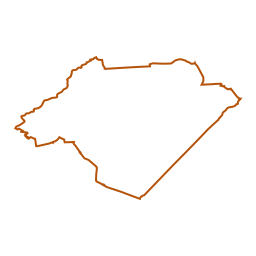 the district of Ošupes pag., Madona, Latvia
{"feature_id": "27541924B56619269975985", "entity_name": "Ošupes pag.", "entity_type": "district", "adm_level": 2, "iso_a3": "LVA", "parent_name": "Latvia", "parent_adm1": "Madona", "projection": "robinson", "projection_center": [26.739, 56.805], "detail": "fine", "context": "isolated", "style": "outline", "palette": "amber", "viewbox_px": 256, "rotation_deg": 0, "n_neighbors": 0, "source": "geoboundaries", "source_scale": "gbopen_adm2", "svg_char_len": 5183}
<svg xmlns="http://www.w3.org/2000/svg" viewBox="0 0 256 256"><path d="M218.5,119.7L218.9,118.5L219.1,118.4L219.9,117.6L221.0,116.3L221.6,115.7L222.1,115.1L222.3,114.8L222.4,114.1L222.5,113.5L222.7,113.0L222.9,112.7L223.3,112.2L225.4,110.6L226.0,110.0L226.7,108.9L227.4,108.2L227.9,107.7L228.5,107.5L230.4,107.1L231.3,107.0L232.8,106.7L233.9,106.3L234.8,105.9L235.3,105.6L235.5,105.4L236.2,104.4L236.4,104.2L236.9,104.1L237.4,104.1L237.8,103.9L237.9,103.3L237.9,102.8L237.9,102.0L238.2,101.6L238.9,100.6L239.7,99.7L240.5,98.9L240.6,98.7L239.9,98.8L239.0,99.1L238.9,99.0L239.1,98.2L237.1,96.8L230.9,88.8L230.5,89.1L230.4,88.9L230.2,88.9L229.7,88.8L229.4,88.9L229.1,89.1L228.7,89.2L228.6,89.3L228.4,89.3L228.1,89.2L227.8,89.2L227.7,89.1L227.5,88.9L227.3,88.9L227.0,88.9L226.9,88.8L226.5,88.5L226.4,88.4L225.8,88.1L225.6,87.9L225.4,87.8L225.3,87.7L225.0,87.4L224.4,87.0L224.2,86.8L224.1,86.5L224.1,86.0L223.3,86.1L222.9,86.3L220.6,85.7L222.0,83.6L221.9,83.7L218.8,83.8L216.4,83.9L213.6,84.0L213.3,84.2L212.0,84.2L210.2,84.3L201.6,84.7L203.1,81.7L203.3,81.3L203.3,81.0L203.4,80.6L203.3,77.4L203.1,76.8L199.5,70.1L199.3,69.7L199.0,69.1L197.4,66.2L197.1,65.8L196.3,65.0L195.2,63.7L195.0,63.2L194.9,62.9L194.7,63.3L194.3,63.4L193.6,63.6L191.8,63.8L191.2,63.7L190.5,63.3L189.6,62.7L189.2,62.4L187.5,61.8L186.7,61.5L186.3,61.3L186.2,61.2L185.7,60.7L185.2,60.5L181.6,59.4L179.2,59.3L176.7,60.0L175.8,60.3L174.8,60.7L174.6,60.8L173.0,62.3L170.9,63.5L170.7,63.5L168.1,63.6L164.7,63.7L161.8,63.7L157.5,63.5L153.0,63.3L152.8,63.4L152.5,63.4L149.7,64.3L149.8,65.1L149.9,65.7L150.0,66.3L149.8,66.3L149.1,66.4L147.1,66.5L145.2,66.6L143.8,66.7L142.3,66.7L134.6,67.1L119.2,68.0L118.0,68.1L117.3,68.1L115.4,68.2L114.9,68.3L108.4,68.7L107.6,68.7L105.5,68.9L104.7,68.8L104.7,68.1L104.7,67.7L103.7,66.3L103.2,65.5L103.1,65.1L102.9,64.7L102.4,61.4L102.1,60.0L99.4,59.9L98.5,59.7L98.0,59.4L97.7,59.2L97.3,59.1L97.1,59.0L97.0,58.6L96.7,58.3L96.8,58.3L96.7,58.2L96.4,57.8L96.3,57.7L96.1,57.2L95.2,57.7L94.6,58.0L94.5,57.9L93.8,58.3L93.3,59.1L93.2,59.2L91.7,59.4L91.3,59.4L91.0,59.4L90.4,59.6L90.9,60.5L87.8,62.1L87.7,62.2L86.8,62.4L86.6,62.4L86.6,63.2L86.5,63.4L86.2,63.7L85.7,64.1L84.9,64.3L82.1,65.2L81.9,65.4L81.7,65.6L81.5,65.8L81.4,66.1L81.4,66.3L81.6,66.8L81.7,67.0L81.6,67.4L81.5,67.5L81.4,67.6L81.2,67.7L80.9,67.8L80.5,67.8L79.7,67.6L79.3,67.6L78.9,67.6L78.5,67.7L77.8,68.2L77.4,68.5L77.1,69.0L76.6,69.5L76.4,69.6L75.8,69.8L75.4,69.9L74.0,70.0L73.4,70.1L72.9,70.3L72.4,70.6L72.1,70.9L71.9,71.5L71.8,72.0L71.7,72.6L71.8,73.1L71.8,73.4L71.2,74.7L71.1,75.2L71.0,75.9L70.5,76.7L70.1,77.0L68.7,78.1L67.4,79.1L67.2,79.4L67.1,79.7L67.2,80.1L67.6,80.8L67.7,81.3L67.7,81.9L67.4,83.1L67.4,83.6L67.4,83.9L67.6,84.4L67.8,85.4L67.7,85.9L67.4,86.6L66.7,87.9L66.5,88.1L66.1,88.3L65.0,88.8L64.3,89.1L63.8,89.4L63.1,90.0L62.9,90.3L62.6,90.7L62.2,91.3L61.5,92.0L61.1,92.3L59.7,92.9L58.1,93.7L57.6,94.1L57.4,94.3L57.3,94.5L57.1,94.9L57.1,95.1L57.1,95.4L57.1,95.9L57.2,96.3L57.1,96.8L57.0,97.0L56.8,97.2L56.6,97.3L56.0,97.5L55.2,97.6L54.3,97.7L53.0,97.8L52.4,98.0L51.3,98.2L50.8,98.4L47.8,99.8L47.3,100.0L47.0,100.0L45.7,100.2L45.2,100.3L44.8,100.4L44.5,100.5L44.3,100.6L44.1,100.8L43.9,101.1L43.7,101.5L42.4,104.1L42.2,104.6L41.9,105.1L41.4,105.8L40.9,106.4L40.5,106.8L40.1,107.0L39.1,107.7L38.4,108.0L37.4,108.3L36.5,108.6L35.2,108.7L34.9,108.7L34.8,108.8L34.6,108.9L33.9,109.4L33.8,109.7L33.7,109.8L33.8,110.0L33.9,110.5L33.9,111.0L33.8,111.3L33.7,111.4L33.4,111.6L33.0,111.7L32.3,111.8L32.0,111.8L31.5,111.8L31.3,111.8L31.0,112.0L30.4,112.4L29.9,112.7L29.7,112.9L29.2,113.1L28.5,113.3L28.1,113.3L27.3,113.4L26.7,113.4L26.3,113.5L25.9,113.8L25.6,114.2L25.1,115.0L24.8,115.2L24.4,115.5L24.2,115.6L23.1,115.7L22.4,115.8L22.1,115.9L21.8,116.1L21.5,116.3L21.5,116.5L21.4,116.6L21.4,116.9L21.4,117.0L21.7,117.8L21.9,118.1L23.9,120.3L24.2,120.5L24.5,121.0L24.5,121.5L24.2,122.0L23.7,122.4L23.3,122.6L23.1,122.7L21.7,123.8L20.9,124.3L19.4,125.2L18.1,125.8L16.8,126.4L16.2,126.8L16.0,127.0L15.6,127.9L15.4,128.3L15.6,128.4L17.6,129.5L18.6,128.8L19.2,128.7L22.6,130.8L21.2,131.7L21.2,131.8L25.2,132.3L27.2,132.6L27.5,133.2L27.3,133.3L26.3,134.1L26.0,134.3L25.1,134.6L25.0,134.8L25.9,135.1L25.5,136.0L28.3,137.3L27.6,137.8L27.3,137.9L28.5,138.7L30.8,137.1L31.3,137.3L33.8,138.5L35.1,138.8L36.2,146.1L37.5,146.1L40.4,145.5L43.9,144.7L48.5,143.7L49.2,143.5L52.2,142.3L53.0,142.9L53.6,142.1L53.7,141.7L55.6,141.2L56.1,140.6L57.4,139.8L57.6,139.6L59.4,137.2L61.1,138.2L62.9,139.0L64.1,139.5L64.6,141.9L64.7,142.3L72.1,142.1L73.9,142.0L73.5,143.2L73.5,143.3L73.7,143.6L74.8,145.0L75.6,145.9L79.5,151.4L79.7,151.6L80.2,152.1L79.7,152.3L80.3,153.2L80.6,153.6L80.8,153.5L84.2,158.1L84.4,158.3L87.8,159.6L88.6,160.0L94.6,165.1L95.9,166.2L95.9,166.4L96.6,167.1L96.9,168.0L96.8,168.9L96.6,171.0L96.4,172.8L96.2,175.3L96.0,180.1L96.1,180.8L96.4,181.2L96.8,181.6L100.5,183.4L102.2,184.4L102.2,184.2L102.3,184.2L103.2,184.5L103.4,184.5L103.7,184.5L103.8,184.5L104.5,185.3L104.2,185.6L106.9,187.1L118.4,190.9L120.3,191.5L126.4,193.8L139.8,198.8L139.8,198.2L140.4,197.6L141.2,196.6L141.7,196.5L142.1,195.9L144.2,195.2L174.6,163.6L185.6,152.5L199.5,138.2L207.9,129.4L217.4,120.6L218.5,119.7Z" fill="none" stroke="#b45309" stroke-width="2"/></svg>